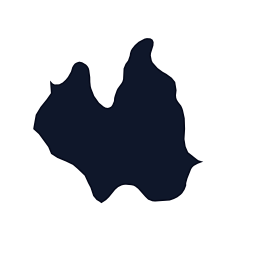 Sinphyong, Hwanghae-bukto, North Korea, rotated 50°
{"feature_id": "82179303B74961933380219", "entity_name": "Sinphyong", "entity_type": "district", "adm_level": 2, "iso_a3": "PRK", "parent_name": "North Korea", "parent_adm1": "Hwanghae-bukto", "projection": "mercator", "projection_center": [126.713, 38.983], "detail": "fine", "context": "isolated", "style": "filled", "palette": "ink", "viewbox_px": 256, "rotation_deg": 50, "n_neighbors": 0, "source": "geoboundaries", "source_scale": "gbopen_adm2", "svg_char_len": 1622}
<svg xmlns="http://www.w3.org/2000/svg" viewBox="0 0 256 256"><g transform="rotate(50 128 128)"><path d="M43.7,157.9L52.4,164.2L54.4,171.7L56.3,181.3L59.2,189.8L67.2,199.4L68.2,200.5L75.3,199.5L91.4,200.6L98.4,202.8L105.4,200.6L113.5,196.4L120.6,193.2L126.6,192.2L136.7,191.1L144.7,193.3L149.8,194.4L157.8,197.6L162.8,197.6L165.9,196.5L167.8,196.1L168.4,191.2L168.1,187.0L166.3,177.6L166.2,173.4L167.2,169.4L168.3,167.2L169.6,165.5L173.4,161.7L175.3,160.2L177.2,159.4L181.0,158.6L191.7,158.3L195.6,157.9L199.4,155.8L201.2,154.0L203.5,150.8L209.7,142.3L211.2,138.3L212.1,134.6L212.3,130.4L212.1,128.4L210.9,124.5L208.9,120.9L207.1,119.4L204.2,115.2L199.4,106.3L198.8,104.3L198.6,101.9L199.5,97.3L200.7,93.9L198.5,95.4L196.5,96.0L185.2,98.3L180.8,97.0L178.7,96.3L172.4,92.5L164.9,85.4L156.6,78.9L149.6,75.2L147.6,74.4L145.1,73.7L140.0,73.5L137.5,73.1L135.5,72.3L133.3,70.8L129.8,67.1L122.9,63.0L117.8,62.9L111.4,64.5L107.5,66.0L101.2,67.5L93.5,67.7L91.3,67.1L86.6,64.5L84.9,62.7L80.6,56.0L78.3,53.8L76.5,53.3L76.1,53.2L74.1,53.9L71.9,56.2L70.9,58.0L69.5,64.5L69.6,69.3L70.5,73.8L71.2,75.7L72.6,77.9L74.3,79.8L77.0,84.3L78.0,88.5L80.2,92.7L87.9,99.8L89.3,101.8L90.1,103.7L91.7,110.2L92.5,112.1L95.2,116.7L96.6,118.7L99.0,121.1L101.0,125.0L101.5,127.1L101.1,129.1L100.3,131.0L98.4,132.7L96.1,133.6L90.1,134.7L81.6,134.0L73.9,131.4L71.8,130.4L68.1,127.9L64.4,124.9L58.4,121.1L56.6,120.3L54.6,120.0L52.6,120.1L48.6,121.5L46.5,123.1L45.6,125.3L45.2,127.3L45.6,129.3L46.3,131.3L48.8,135.1L51.0,141.0L51.7,144.6L51.9,148.9L51.0,153.0L48.0,156.8L45.8,157.8L43.7,157.9Z" fill="#0f172a" stroke="#020617" stroke-width="1.5"/></g></svg>